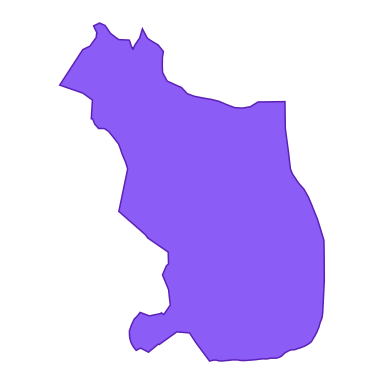 outline of Kharif, Amran, Yemen
{"feature_id": "15242507B34039766657612", "entity_name": "Kharif", "entity_type": "district", "adm_level": 2, "iso_a3": "YEM", "parent_name": "Yemen", "parent_adm1": "Amran", "projection": "natural_earth1", "projection_center": [44.1, 15.855], "detail": "fine", "context": "isolated", "style": "filled", "palette": "violet", "viewbox_px": 384, "rotation_deg": 0, "n_neighbors": 0, "source": "geoboundaries", "source_scale": "gbopen_adm2", "svg_char_len": 2832}
<svg xmlns="http://www.w3.org/2000/svg" viewBox="0 0 384 384"><path d="M284.9,101.6L257.9,102.0L250.4,106.7L242.4,108.1L234.5,107.6L226.4,104.5L222.8,103.0L219.2,101.4L211.4,99.4L205.8,98.5L202.5,97.9L194.4,96.3L187.2,93.7L181.6,87.6L174.7,84.5L167.2,81.1L162.8,73.0L162.6,72.7L162.3,66.2L162.4,57.6L163.4,51.5L158.2,45.0L151.0,40.7L147.3,38.1L142.4,28.8L139.7,37.9L134.9,45.0L134.1,46.9L134.1,47.1L133.9,47.4L133.4,49.0L133.1,49.2L132.7,48.9L132.5,48.6L132.3,48.3L132.9,48.1L132.7,47.5L131.8,47.5L131.1,45.7L130.2,42.4L129.2,40.1L118.9,39.6L116.2,37.8L110.5,33.4L105.1,25.5L99.6,23.0L93.6,25.9L97.1,33.2L96.6,33.5L96.2,37.4L90.0,46.1L82.8,49.6L59.7,85.1L83.0,93.2L92.4,100.0L91.3,118.8L92.6,118.9L94.8,124.2L98.6,128.5L104.3,128.5L108.6,131.4L111.5,134.9L112.6,136.3L118.6,144.0L120.6,149.4L121.3,151.6L122.4,154.7L125.7,162.4L127.4,168.1L127.6,169.2L119.8,206.9L118.8,211.4L145.7,235.0L147.6,237.9L168.2,252.1L168.5,263.8L168.5,264.0L168.3,264.0L166.3,266.0L162.5,274.9L168.6,289.7L169.6,299.4L170.3,305.0L163.8,314.5L161.3,312.8L160.9,313.5L149.4,315.9L143.6,313.7L140.1,312.4L138.0,315.2L134.1,319.3L131.3,325.4L129.4,330.9L129.5,335.9L129.9,338.5L130.9,342.2L132.7,345.7L134.1,347.8L136.2,350.4L140.6,348.1L148.5,352.2L158.3,344.1L159.2,344.5L176.8,331.9L189.5,332.9L196.0,342.8L209.5,361.0L209.6,360.9L210.8,360.8L212.2,360.4L213.6,360.1L214.9,360.1L216.1,360.1L217.3,360.4L218.7,360.8L219.8,360.9L221.1,361.0L222.3,361.0L223.8,360.8L225.1,360.7L226.6,360.5L227.9,360.5L229.6,360.2L231.0,360.1L232.3,359.9L233.7,359.9L234.9,359.9L236.2,359.9L237.5,359.9L238.8,360.1L239.5,360.3L240.0,360.4L241.3,360.5L242.6,360.5L244.2,360.5L245.7,360.5L246.9,360.4L248.5,360.2L249.8,360.1L251.2,360.1L252.3,359.9L253.8,359.9L255.3,359.7L257.0,359.5L258.8,359.3L260.0,359.1L261.5,359.0L262.9,358.8L264.1,358.9L265.3,358.9L266.6,358.9L267.8,358.8L269.1,358.5L270.3,358.2L271.6,358.1L272.8,358.2L274.2,358.2L275.7,358.2L276.9,358.0L278.1,357.7L279.3,357.2L280.5,356.7L281.6,356.1L282.5,355.2L283.6,354.1L284.7,353.1L285.7,352.4L286.9,351.8L288.1,351.1L289.1,350.6L290.6,350.1L291.8,349.8L293.0,349.8L294.3,349.8L295.9,349.3L297.0,348.9L298.3,348.4L299.6,348.1L300.9,347.6L302.1,347.1L303.5,346.6L304.7,346.1L305.9,345.5L307.0,344.8L308.2,344.1L309.4,343.3L310.6,342.4L311.6,341.3L312.4,340.0L313.2,338.6L314.0,337.2L315.1,335.6L315.7,334.2L316.4,333.0L317.0,331.8L317.6,330.1L318.2,328.9L318.7,327.7L319.2,326.2L319.5,324.7L320.0,323.3L320.4,321.9L321.0,320.5L321.6,318.9L322.0,317.9L322.7,312.9L323.7,292.8L324.1,284.5L324.3,281.7L324.3,277.7L324.2,263.2L324.2,259.4L324.1,252.6L324.0,243.5L323.9,240.2L317.5,219.3L312.5,207.0L312.3,206.3L308.3,196.9L303.9,189.1L299.0,183.6L297.7,181.8L292.6,174.2L290.5,169.2L290.1,166.2L288.5,152.2L285.3,128.3L285.0,104.1L285.0,101.6L284.9,101.6Z" fill="#8b5cf6" stroke="#5b21b6" stroke-width="1.5"/></svg>